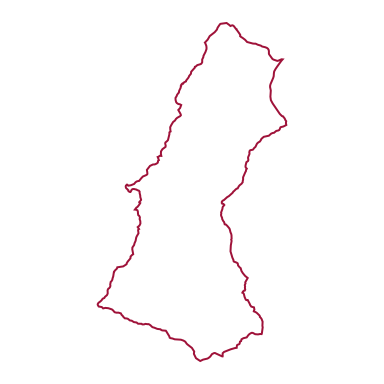 outline of Lunca Bradului, Mures, Romania
{"feature_id": "2599482B15152164685574", "entity_name": "Lunca Bradului", "entity_type": "district", "adm_level": 2, "iso_a3": "ROU", "parent_name": "Romania", "parent_adm1": "Mures", "projection": "albers", "projection_center": [25.143, 46.979], "detail": "fine", "context": "isolated", "style": "outline", "palette": "rose", "viewbox_px": 384, "rotation_deg": 0, "n_neighbors": 0, "source": "geoboundaries", "source_scale": "gbopen_adm2", "svg_char_len": 6011}
<svg xmlns="http://www.w3.org/2000/svg" viewBox="0 0 384 384"><path d="M261.6,334.1L261.9,333.2L262.7,327.2L262.4,325.9L262.6,321.7L261.6,319.0L260.7,317.7L259.9,317.0L259.9,316.3L259.4,315.4L256.8,312.9L255.6,312.1L253.9,311.4L254.0,311.2L253.9,310.7L254.4,309.6L254.0,307.4L251.3,306.6L250.2,305.1L249.6,303.6L247.7,300.0L246.5,300.1L245.8,299.7L244.6,297.0L243.9,294.1L243.3,293.1L242.4,292.7L242.9,291.6L244.1,290.6L244.7,290.6L245.2,289.7L244.9,287.7L245.1,286.4L244.8,285.3L244.8,285.0L245.5,283.4L245.3,282.8L245.3,282.2L247.7,278.0L245.1,275.9L242.8,273.1L241.4,270.8L240.7,268.2L239.8,267.5L238.1,265.5L237.7,263.4L236.6,262.6L233.9,261.6L233.6,261.2L233.4,259.9L232.4,257.7L230.5,251.4L230.8,245.5L231.6,240.9L231.2,239.6L231.6,238.8L231.5,235.3L231.2,233.9L230.5,232.3L229.7,229.1L229.2,228.2L227.2,225.8L225.8,224.5L224.7,224.3L224.1,222.1L223.1,220.8L222.2,219.0L222.1,217.9L221.2,215.8L221.0,214.9L221.3,213.6L221.1,212.5L222.4,209.0L222.6,207.4L222.9,206.7L224.3,205.0L223.5,204.0L222.2,203.6L222.2,203.3L221.8,203.0L221.8,201.9L222.0,201.4L223.0,200.5L224.0,200.0L227.2,197.1L228.8,196.2L232.7,192.7L233.3,191.6L233.8,191.3L235.8,189.3L236.8,188.6L237.7,188.4L238.7,186.4L239.7,185.2L241.5,183.8L242.7,182.2L242.7,181.1L243.1,179.7L243.1,177.3L245.3,172.2L245.9,171.2L246.0,170.1L246.8,168.6L246.1,168.0L245.5,166.9L245.6,165.4L246.4,162.2L248.0,161.0L248.3,160.2L248.3,159.2L248.1,158.3L248.1,157.3L249.4,154.2L249.5,153.1L249.3,152.7L249.5,151.2L249.8,150.7L250.3,150.2L252.4,149.8L253.1,149.5L254.0,148.2L255.5,146.8L256.8,144.0L257.4,143.2L258.5,142.3L259.8,141.6L260.8,140.2L261.4,138.9L263.3,137.2L263.8,136.8L268.9,135.7L271.2,133.6L272.7,133.0L274.0,132.8L276.3,130.9L278.3,130.5L279.2,130.0L279.7,129.3L280.1,128.1L280.6,127.2L283.4,126.5L286.3,125.0L285.9,123.0L286.2,121.2L285.3,120.0L285.1,119.3L284.3,117.9L283.6,117.3L283.3,116.5L281.9,116.0L279.8,113.9L272.7,103.5L270.9,100.2L270.4,96.7L270.8,90.5L270.1,87.2L270.1,85.8L270.5,84.2L273.2,77.9L273.7,76.2L273.9,73.2L274.2,71.4L275.6,68.9L277.3,66.4L281.2,61.0L282.6,59.4L281.5,59.3L278.5,60.6L277.3,60.9L273.5,59.6L272.4,58.9L269.1,54.3L268.9,53.5L268.9,51.1L268.6,49.8L268.0,48.8L266.9,47.9L265.1,47.2L262.1,46.5L260.8,45.6L257.7,44.7L255.7,43.7L253.1,43.6L247.1,42.0L245.1,39.8L242.6,37.9L240.7,36.7L240.1,36.1L240.3,35.1L239.5,33.7L236.8,29.9L236.6,29.4L236.4,29.5L233.9,26.2L233.2,25.6L232.2,25.3L230.4,26.0L229.6,25.2L226.6,23.0L220.7,23.8L220.1,24.1L219.0,25.6L217.6,27.7L216.9,29.6L214.7,32.2L209.7,36.1L207.7,39.6L204.9,42.6L205.2,43.0L206.3,45.8L206.5,47.3L206.5,49.0L205.5,51.9L203.5,55.8L203.3,57.2L202.2,59.5L202.2,62.2L201.6,63.3L201.2,63.8L200.1,64.3L197.3,65.1L195.9,66.4L194.9,66.8L194.8,67.7L191.2,71.7L190.9,73.8L189.1,76.0L188.9,76.7L188.3,77.8L186.1,80.6L186.0,81.4L184.1,82.3L183.3,83.4L183.1,83.3L182.9,83.7L182.4,83.6L181.9,84.3L181.7,84.2L181.2,84.8L181.1,86.0L180.8,86.1L180.8,86.9L180.5,88.1L179.5,90.1L179.1,91.1L178.9,92.6L178.2,93.3L177.1,94.8L176.5,96.4L175.6,97.7L175.5,98.1L175.6,100.1L176.2,102.2L176.8,103.0L178.3,104.0L179.9,104.3L181.2,105.0L180.1,108.0L178.3,110.0L180.4,113.7L180.8,114.7L180.9,115.2L180.2,116.1L177.2,117.8L175.9,119.0L175.0,120.5L173.1,122.0L171.3,125.0L170.2,127.2L170.3,129.9L170.6,131.5L169.6,132.1L169.4,132.4L169.4,134.2L168.0,140.0L167.3,140.9L165.4,142.5L165.2,143.4L165.7,145.8L165.5,146.9L162.4,149.2L161.0,151.4L160.9,153.8L161.3,155.9L159.6,155.8L158.7,156.7L157.7,157.0L158.9,160.1L158.3,160.5L158.0,161.1L157.8,162.6L156.6,163.6L154.8,164.4L152.9,164.5L150.0,165.9L146.9,169.9L147.0,170.9L147.2,171.6L147.4,173.6L147.2,174.4L146.0,175.2L142.9,176.5L141.3,178.2L139.1,180.9L137.1,181.3L136.3,181.7L135.4,182.4L134.2,183.9L131.0,185.2L128.4,185.7L127.9,185.5L127.5,184.8L127.0,184.6L125.9,185.6L125.7,186.7L126.0,187.9L126.6,188.6L127.4,189.2L127.7,189.8L128.3,190.2L128.5,191.2L129.6,191.9L130.4,192.0L130.7,191.7L131.6,189.9L132.2,189.3L132.6,189.1L133.9,189.0L136.5,189.6L137.4,190.2L138.9,190.7L139.6,191.6L139.6,193.0L140.2,195.4L140.3,197.1L141.1,199.7L141.0,200.1L139.2,202.2L139.4,202.6L140.2,203.1L139.3,204.6L137.5,206.9L136.4,207.6L134.9,209.6L136.6,209.8L137.5,210.4L137.9,211.8L138.0,213.8L138.3,215.2L139.2,215.9L139.7,216.8L139.9,217.9L139.6,219.0L140.3,221.1L140.4,223.6L139.5,225.5L137.7,227.1L139.0,229.0L138.4,229.3L138.1,230.3L138.5,233.3L136.7,236.4L136.2,237.6L135.6,240.8L134.5,243.3L134.1,245.0L132.4,247.5L132.3,249.4L133.2,254.2L131.8,255.2L130.6,256.5L130.4,258.4L127.7,261.6L126.7,263.3L126.6,264.1L126.0,264.6L123.2,266.4L117.3,267.3L117.1,268.1L116.5,269.1L115.7,269.7L114.4,271.2L114.1,272.1L113.9,272.1L113.2,276.5L112.6,278.2L112.3,279.8L111.4,281.3L110.7,281.9L110.2,284.6L110.4,285.8L110.1,286.9L109.2,288.2L108.3,288.7L107.6,290.2L107.7,293.4L107.5,294.0L106.9,295.2L105.0,296.8L104.3,298.0L102.7,298.7L101.4,300.5L99.8,301.9L98.6,302.7L97.8,303.9L97.7,304.6L97.9,305.2L98.7,306.5L101.5,307.0L102.1,307.3L103.1,308.4L105.4,307.9L108.3,308.2L111.9,309.4L113.0,310.3L114.6,312.2L116.5,312.7L118.7,312.7L120.6,313.3L120.9,313.4L121.5,314.7L122.8,316.0L123.3,316.8L124.8,318.3L126.9,318.5L128.0,318.9L129.8,320.4L131.7,320.7L133.9,322.1L136.6,322.5L138.0,323.7L141.6,323.8L142.3,324.4L144.0,324.4L145.3,323.9L147.8,324.2L148.2,324.1L149.0,324.3L150.4,325.2L152.1,326.9L153.1,327.4L154.1,327.6L157.3,328.9L160.5,329.3L161.1,329.9L162.2,330.4L165.8,330.7L166.2,331.2L169.3,336.3L169.7,337.7L170.4,338.1L172.5,338.5L174.7,339.3L180.9,339.7L183.5,340.6L185.3,341.7L186.6,343.6L187.4,344.4L191.9,347.9L194.2,351.5L193.9,353.7L194.0,354.1L196.0,358.2L200.2,361.0L203.1,359.6L207.4,358.6L208.5,358.0L210.2,356.6L212.0,354.1L214.0,353.1L214.9,353.0L222.2,356.4L222.6,356.4L222.7,356.0L222.6,354.6L222.7,353.2L224.1,351.9L230.7,349.3L234.8,348.1L236.7,347.8L236.8,346.3L237.0,345.4L237.3,344.9L239.1,344.2L239.6,343.7L240.0,341.6L241.1,341.1L241.5,339.3L243.4,338.2L246.7,337.4L248.2,335.3L249.5,334.0L251.4,332.9L252.1,332.8L253.0,333.0L255.2,334.2L258.0,334.4L260.1,334.0L261.6,334.1Z" fill="none" stroke="#9f1239" stroke-width="2"/></svg>